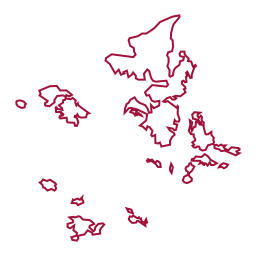 outline of Tongyeong-si, South Gyeongsang, South Korea
{"feature_id": "91817680B95262291256995", "entity_name": "Tongyeong-si", "entity_type": "district", "adm_level": 2, "iso_a3": "KOR", "parent_name": "South Korea", "parent_adm1": "South Gyeongsang", "projection": "mercator", "projection_center": [128.349, 34.792], "detail": "fine", "context": "isolated", "style": "outline", "palette": "rose", "viewbox_px": 256, "rotation_deg": 0, "n_neighbors": 0, "source": "geoboundaries", "source_scale": "gbopen_adm2", "svg_char_len": 5865}
<svg xmlns="http://www.w3.org/2000/svg" viewBox="0 0 256 256"><path d="M172.2,16.7L160.2,21.9L154.2,28.3L146.4,33.5L142.2,33.5L137.8,36.2L129.6,38.2L128.6,40.2L130.1,45.7L133.8,48.1L134.1,51.6L135.6,54.6L133.3,57.1L111.7,54.3L106.0,58.1L105.5,60.5L109.8,64.0L115.2,73.5L118.7,69.7L120.9,74.7L124.4,73.5L123.4,72.2L126.9,70.7L128.4,77.2L131.6,74.9L133.1,72.5L135.8,75.7L135.8,78.4L138.6,79.7L144.8,79.7L144.0,73.7L147.2,69.5L149.2,71.0L151.2,78.2L153.0,80.7L155.9,81.7L166.4,80.7L168.1,84.9L166.4,86.6L152.2,85.1L145.0,92.3L146.5,95.6L149.2,95.1L151.7,100.5L154.7,101.8L159.4,100.8L159.2,105.5L153.9,108.2L151.0,105.0L151.5,112.4L149.0,112.7L147.7,108.7L145.3,105.2L139.5,102.8L136.6,100.5L134.6,97.3L130.4,99.8L128.6,102.8L126.6,104.0L124.9,109.0L124.6,112.9L128.9,108.2L131.1,108.0L136.6,109.2L147.2,114.2L146.2,120.4L140.0,125.6L142.8,126.6L146.2,129.8L147.5,126.3L149.5,127.1L152.5,130.8L151.2,135.0L152.2,136.3L155.2,135.0L155.4,143.0L157.9,143.5L159.9,142.5L161.4,146.5L170.1,144.7L170.1,140.7L172.1,137.0L174.6,134.8L174.2,133.3L169.6,130.1L168.0,127.6L172.8,128.6L174.5,130.3L176.0,129.8L177.2,124.6L173.9,123.8L174.7,120.1L175.7,121.4L178.7,121.7L179.6,119.5L177.6,113.8L178.0,106.5L177.6,106.0L176.4,107.6L167.7,101.1L165.0,102.0L163.3,101.4L166.9,98.2L170.1,97.1L172.3,99.5L174.9,99.5L176.3,98.2L173.6,96.6L175.7,95.8L180.3,96.3L185.5,92.3L183.9,89.1L185.5,88.5L185.2,87.1L181.9,83.7L182.0,81.4L183.6,80.7L185.0,82.3L186.5,82.0L186.0,76.8L187.1,76.1L186.1,72.8L187.3,71.7L190.3,78.0L191.7,77.6L191.7,74.8L194.2,67.7L195.9,66.0L195.4,65.0L192.9,66.5L191.2,61.5L188.0,61.0L188.7,58.6L184.7,54.6L184.5,51.6L180.8,51.6L179.5,53.8L180.3,56.1L184.0,57.1L183.2,60.3L180.0,61.3L179.5,64.8L175.3,68.0L173.8,70.5L172.8,75.4L170.3,76.7L169.3,75.7L169.6,70.2L167.4,66.3L168.6,62.3L168.6,58.1L167.1,55.3L168.1,52.4L172.1,51.1L173.1,46.6L172.6,40.4L170.8,38.5L171.1,33.2L172.8,26.3L173.6,24.3L179.5,17.1L179.3,15.4L172.2,16.7ZM194.4,112.2L192.2,114.6L193.0,118.7L198.1,119.8L201.2,123.3L201.6,124.7L199.8,124.6L196.8,120.9L196.0,121.6L195.5,126.7L193.9,127.0L191.9,130.9L191.2,128.2L192.2,122.2L189.8,120.3L190.4,124.7L188.8,130.9L190.9,134.1L193.8,134.4L193.6,136.3L195.2,139.0L195.0,140.6L192.3,142.4L194.2,144.8L192.5,145.7L193.6,147.3L195.7,147.6L197.1,146.5L199.2,146.7L200.0,149.2L202.3,150.5L205.5,149.9L208.1,145.2L213.3,143.8L214.1,142.1L213.2,140.0L213.9,137.9L211.4,134.8L211.4,131.9L207.9,134.3L205.8,134.3L205.2,133.3L203.5,126.2L203.8,122.5L202.2,121.4L201.6,119.3L202.0,117.1L200.8,115.7L199.0,117.9L197.6,116.2L197.7,114.4L200.1,112.7L194.4,112.2ZM75.7,100.5L72.6,97.9L70.5,99.3L65.5,98.4L64.8,100.0L63.2,100.1L63.0,102.6L58.9,105.3L62.0,108.3L62.4,109.9L57.6,109.0L56.1,107.1L55.6,107.8L56.2,112.1L60.8,112.0L61.2,114.0L61.7,112.8L63.4,114.3L62.8,115.5L59.8,116.2L59.4,117.4L60.3,118.5L66.6,117.7L67.0,121.6L67.8,122.4L74.3,122.8L75.1,125.9L77.0,125.8L78.3,121.8L76.6,117.6L74.7,117.1L74.9,115.9L76.2,115.9L77.3,114.3L78.7,116.7L81.2,117.6L86.0,117.3L87.1,113.7L89.1,113.3L80.3,106.9L78.1,104.9L77.8,103.4L76.4,105.5L75.2,102.4L75.7,100.5ZM80.3,216.8L78.4,216.3L74.8,217.5L73.4,216.8L69.4,217.4L72.8,220.1L73.1,221.6L72.9,222.4L67.6,223.9L67.6,227.2L70.3,228.2L74.2,225.4L73.4,230.3L77.0,232.9L76.4,235.7L71.4,237.2L72.3,239.9L76.8,240.6L78.4,238.3L77.8,235.9L84.5,234.4L87.6,230.4L92.0,232.6L92.7,234.7L100.2,233.6L99.9,229.8L104.2,224.5L102.7,223.3L98.2,224.0L95.3,227.3L94.8,230.0L93.6,231.2L89.3,227.4L89.7,225.8L94.2,224.0L93.3,222.8L89.6,220.1L82.9,219.5L80.3,216.8ZM60.2,90.5L56.8,85.9L49.7,86.3L39.3,90.6L40.6,93.9L39.6,95.4L47.7,101.0L47.0,102.2L45.3,102.7L45.0,104.8L45.7,105.7L49.5,106.2L54.6,102.3L54.4,100.0L57.2,96.0L63.1,95.4L65.8,96.8L66.4,95.1L69.3,96.4L71.9,94.9L66.5,90.4L60.2,90.5ZM207.9,156.2L204.6,154.2L201.6,157.0L195.7,156.5L194.2,158.5L191.8,159.2L191.6,160.7L200.3,160.9L200.6,162.0L199.7,163.5L202.2,162.5L202.8,164.3L204.1,164.9L204.4,163.2L205.9,163.5L207.6,165.6L209.8,162.2L211.0,165.0L213.7,165.0L216.8,163.2L210.6,159.8L207.9,156.2ZM46.8,181.0L43.0,179.5L41.3,181.9L39.8,182.5L42.4,184.8L43.1,187.4L44.7,187.7L47.3,190.5L51.6,189.0L54.4,190.6L55.5,189.9L56.1,188.1L54.9,185.6L56.1,184.4L55.3,183.2L50.1,179.8L46.8,181.0ZM221.3,144.6L218.6,145.9L216.3,144.8L214.3,145.2L214.6,148.1L219.4,149.5L221.1,151.1L224.6,150.6L235.9,155.3L239.4,153.2L237.3,152.7L236.4,151.4L239.4,149.9L239.7,149.2L238.4,148.1L231.6,147.3L228.3,150.2L224.8,148.7L223.8,147.3L225.5,145.4L222.4,145.6L221.3,144.6ZM187.1,183.1L191.6,181.0L191.8,178.5L189.4,176.4L188.6,173.9L192.0,170.7L194.4,166.5L191.6,165.0L190.8,163.1L189.4,163.5L188.4,166.2L186.7,166.6L185.5,168.4L186.3,170.8L187.9,171.7L188.2,174.7L184.2,176.7L182.7,180.3L184.3,182.3L187.1,183.1ZM136.7,217.8L133.0,215.5L132.2,216.7L129.8,216.5L128.8,218.8L129.5,220.5L132.0,222.8L133.6,222.9L136.3,222.5L137.1,220.9L138.2,220.9L145.4,225.9L145.1,223.5L147.1,222.5L146.1,219.2L144.4,222.2L142.9,222.2L141.4,220.8L141.1,218.6L140.1,218.8L139.0,217.3L138.1,218.2L136.7,217.8ZM23.8,101.6L20.3,100.4L17.2,100.8L16.3,101.9L16.5,104.2L17.9,106.2L21.7,108.0L24.7,107.3L24.8,105.2L25.9,103.9L23.8,101.6ZM81.7,199.4L82.1,197.3L79.9,199.8L77.5,198.6L73.5,200.3L72.9,199.7L71.8,203.0L76.6,203.3L77.8,205.1L83.4,202.6L83.1,200.6L81.7,199.4ZM148.1,159.2L146.9,160.7L147.6,161.8L151.6,161.0L155.9,164.2L157.8,166.9L160.7,167.0L160.3,163.3L158.4,161.4L157.0,160.9L155.6,162.5L154.6,162.4L152.0,159.6L149.7,160.2L148.1,159.2ZM226.6,166.8L228.0,164.6L223.4,163.2L220.4,165.0L218.9,167.3L221.6,166.8L224.0,168.3L226.6,166.8ZM133.4,110.3L133.2,109.3L131.9,109.5L130.2,112.0L133.3,113.1L135.1,114.5L135.3,115.6L138.3,114.4L141.6,115.7L140.8,114.5L138.5,114.1L138.6,113.2L135.1,113.9L136.8,111.3L134.8,109.7L133.4,110.3ZM131.4,209.7L126.7,208.4L128.5,211.9L132.8,213.1L131.4,209.7ZM171.6,173.0L172.8,167.3L171.1,163.8L169.9,168.0L170.3,171.1L171.6,173.0Z" fill="none" stroke="#9f1239" stroke-width="2"/></svg>